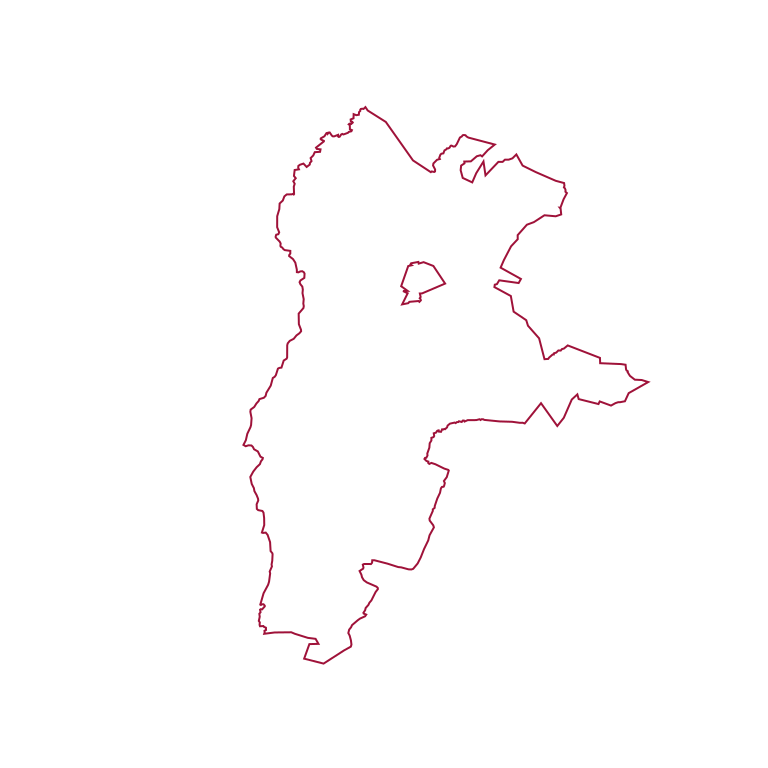 Masvingo, Masvingo, Zimbabwe (Mercator projection), rotated 39°
{"feature_id": "62879985B11590561680965", "entity_name": "Masvingo", "entity_type": "district", "adm_level": 2, "iso_a3": "ZWE", "parent_name": "Zimbabwe", "parent_adm1": "Masvingo", "projection": "mercator", "projection_center": [30.887, -20.31], "detail": "fine", "context": "isolated", "style": "outline", "palette": "rose", "viewbox_px": 768, "rotation_deg": 39, "n_neighbors": 0, "source": "geoboundaries", "source_scale": "gbopen_adm2", "svg_char_len": 6166}
<svg xmlns="http://www.w3.org/2000/svg" viewBox="0 0 768 768"><g transform="rotate(39 384 384)"><path d="M588.1,216.2L581.8,218.7L576.2,222.8L570.0,222.9L565.9,221.5L565.5,220.7L563.9,220.8L562.8,220.2L559.6,217.0L555.6,219.4L538.9,231.8L535.4,227.8L502.5,238.4L501.5,243.3L500.3,244.9L500.3,246.8L498.4,248.2L498.1,251.2L496.8,253.1L497.4,254.2L496.5,254.9L495.7,259.6L495.8,261.2L493.1,263.7L475.8,250.9L459.2,248.1L454.4,244.9L439.2,246.2L427.2,235.8L408.8,239.2L407.6,237.1L408.9,235.3L408.3,230.9L425.1,220.8L424.3,216.2L401.4,220.2L399.2,212.3L396.1,197.0L396.8,187.3L394.2,184.2L394.8,170.3L398.6,163.9L402.5,151.9L411.9,145.6L415.0,140.7L410.5,136.2L410.5,136.6L409.7,136.4L410.2,136.1L407.3,127.4L406.0,120.5L404.0,120.4L403.0,119.0L401.5,118.1L400.1,118.0L399.5,116.4L397.5,114.5L389.6,118.0L368.6,123.8L354.9,126.9L354.2,127.0L342.4,122.3L341.8,127.8L339.7,131.2L336.8,133.6L336.4,136.7L333.1,139.4L331.6,158.0L321.3,148.5L323.0,162.1L325.7,171.8L315.5,174.3L309.0,169.6L306.5,165.7L307.7,161.9L306.4,160.6L311.4,156.3L312.8,148.6L315.0,145.5L317.0,145.4L317.5,137.0L319.4,128.2L294.5,139.4L292.4,139.7L290.8,139.4L289.4,140.2L288.6,141.2L288.7,142.6L287.9,144.7L289.6,151.8L289.7,154.6L288.5,155.8L286.5,156.2L285.9,156.9L286.2,159.2L285.7,160.4L284.6,161.3L284.8,162.3L284.0,164.4L285.0,167.4L283.7,168.9L283.5,170.2L284.6,173.5L285.8,174.0L284.1,176.4L283.6,181.5L284.6,183.3L288.7,185.1L289.9,186.7L289.6,187.6L287.3,188.8L287.1,189.9L265.8,192.0L220.5,179.2L199.2,181.7L195.3,180.5L195.0,183.1L193.8,183.8L192.9,184.9L193.0,185.9L193.7,186.7L193.5,188.4L195.0,190.6L193.3,192.5L190.6,193.4L193.1,196.7L191.6,199.4L193.1,200.9L194.3,200.2L195.2,200.5L194.9,202.6L193.3,203.5L193.2,204.4L194.5,204.3L197.2,207.5L199.3,206.9L199.6,208.1L198.0,210.2L197.9,211.5L196.0,214.7L195.3,215.7L194.2,215.9L193.7,217.0L193.9,219.8L193.3,220.5L192.5,220.5L191.5,219.3L189.5,222.8L188.5,223.7L187.2,223.8L183.5,222.7L183.0,223.1L182.8,224.8L182.2,224.2L181.4,225.2L181.8,229.0L180.3,232.9L180.6,233.5L181.5,233.6L184.3,232.9L184.6,233.3L182.4,243.1L183.8,243.6L187.0,241.6L188.2,243.8L184.3,247.4L185.2,250.9L184.8,254.6L187.4,256.4L187.3,258.8L188.2,260.2L187.3,264.0L182.7,263.4L180.7,266.5L180.2,268.4L181.2,269.9L182.8,270.7L179.9,273.9L183.1,279.0L185.9,279.6L185.9,283.5L188.6,284.6L189.7,287.4L194.6,293.0L194.6,293.5L193.6,293.5L193.0,294.6L189.1,297.9L188.5,300.9L189.9,305.1L189.3,309.4L192.6,314.0L195.4,320.8L202.3,329.4L207.1,332.1L207.6,334.1L206.3,335.8L207.0,337.6L207.7,338.3L213.3,339.0L215.2,339.8L216.6,341.9L217.4,342.3L219.0,342.0L221.0,342.5L222.6,342.4L227.4,339.5L229.1,341.6L229.2,343.5L229.8,344.3L234.7,344.2L238.7,345.5L244.2,349.9L245.9,351.9L247.2,351.1L248.1,349.2L249.5,347.8L251.4,347.6L252.8,348.2L255.3,351.7L253.9,356.1L254.3,358.0L256.3,359.1L259.2,359.7L261.5,361.7L263.5,364.7L268.2,368.6L270.7,372.3L272.6,373.9L273.6,375.7L273.4,383.0L280.2,391.1L285.4,394.1L286.4,395.2L286.3,397.9L285.4,401.3L285.4,405.7L283.6,409.8L283.6,413.0L284.4,414.8L292.0,424.3L292.4,425.6L291.3,428.9L294.0,435.8L292.5,437.4L291.9,438.8L294.4,445.2L294.5,447.2L293.8,449.3L297.0,456.5L298.1,464.8L299.5,467.7L299.3,470.3L296.7,474.1L297.3,476.2L297.1,479.4L297.6,483.5L296.5,487.8L297.6,489.7L302.6,493.9L306.5,499.5L307.4,501.6L309.1,508.7L312.0,514.6L313.1,519.8L315.7,519.4L317.3,516.9L319.7,515.2L321.7,515.4L324.1,516.5L328.4,515.8L333.7,518.2L336.4,517.7L337.0,519.0L337.0,521.5L338.0,524.4L337.4,528.8L337.5,534.3L338.6,540.4L344.1,544.9L348.4,546.8L350.7,548.8L354.9,550.5L358.3,552.4L359.6,553.7L360.7,557.6L363.8,561.1L365.6,561.2L369.4,559.2L371.3,559.8L375.2,563.6L379.7,569.0L382.6,576.3L383.7,575.9L385.6,573.9L388.5,574.5L395.0,578.6L401.0,585.2L403.8,585.8L404.6,586.5L408.4,591.7L410.2,595.0L411.7,596.3L413.2,601.7L414.7,602.8L419.1,610.0L420.3,613.0L422.1,622.4L426.7,633.3L427.4,633.2L427.9,631.9L429.0,631.0L430.8,631.3L431.3,631.9L431.1,635.9L429.9,636.6L429.7,637.4L431.7,639.1L431.7,641.0L433.9,643.1L435.8,646.9L437.5,647.4L438.9,649.5L440.1,650.3L442.6,648.0L443.4,648.3L445.6,647.7L447.1,649.4L446.4,651.0L447.6,652.2L448.1,653.5L455.4,645.9L468.2,635.3L472.0,634.2L484.6,629.2L491.2,625.1L496.6,627.2L489.7,633.1L494.8,647.7L513.0,639.3L520.6,616.2L523.5,609.0L522.7,607.0L519.7,604.1L515.6,601.1L513.0,600.0L511.5,596.8L511.5,593.8L510.9,591.5L512.3,584.0L513.0,581.4L515.5,576.4L515.3,574.4L512.7,575.2L512.0,574.8L511.7,571.7L510.7,569.6L510.9,565.5L510.3,563.1L510.4,560.2L508.4,551.0L508.3,547.2L507.5,546.4L505.7,546.2L495.6,549.0L491.7,549.2L488.5,548.0L486.4,546.4L482.7,544.7L484.0,540.6L483.5,539.5L481.2,537.7L481.8,536.4L487.2,532.1L487.2,530.4L485.8,528.4L487.5,527.0L499.8,521.4L510.3,517.3L512.7,515.7L519.7,512.6L522.0,510.9L523.0,509.3L523.1,502.3L521.7,495.7L519.0,487.1L516.8,477.7L514.6,472.9L513.0,464.0L511.2,462.8L505.5,461.4L504.0,460.0L501.8,451.9L500.8,450.7L501.3,448.4L500.2,446.8L497.5,439.5L496.0,433.3L493.9,429.3L493.8,427.5L495.0,426.3L494.8,425.3L493.6,422.7L491.6,421.7L491.4,416.9L488.8,410.5L488.0,410.3L484.1,411.8L474.5,414.0L470.5,415.5L469.5,417.6L468.0,417.5L467.3,416.4L465.4,417.1L462.6,416.8L462.4,415.6L463.3,414.7L462.8,412.2L461.4,410.8L459.3,404.9L456.8,401.3L456.4,398.1L454.7,396.0L455.9,394.1L455.7,392.8L453.7,391.0L455.0,389.1L454.8,387.0L455.4,385.8L455.7,385.6L456.5,386.5L458.4,385.3L457.7,382.6L458.7,382.1L459.1,381.0L459.9,380.7L460.3,378.0L459.6,376.3L460.2,373.3L463.2,369.5L464.3,369.3L464.6,367.8L465.7,366.8L465.7,365.8L468.3,364.6L468.2,362.9L469.1,362.1L470.2,362.5L471.8,359.4L478.4,354.0L480.4,351.3L481.7,351.2L481.9,350.1L483.3,349.0L484.5,348.8L497.3,340.4L507.4,332.7L513.8,328.8L516.1,326.9L518.2,326.1L518.1,300.1L545.1,307.6L545.0,297.1L539.7,277.9L540.8,270.4L544.8,273.2L563.3,264.6L562.6,261.8L574.0,257.9L575.9,253.2L577.5,250.7L578.8,249.7L582.1,245.8L579.9,237.1L588.1,216.2ZM348.1,261.2L368.3,267.5L356.6,289.6L354.9,291.1L357.7,293.3L357.8,294.9L359.1,295.1L360.0,295.8L359.8,297.9L358.6,297.8L352.0,304.2L352.0,305.9L348.0,310.7L345.3,298.6L340.3,299.8L343.7,296.8L335.8,297.2L328.6,277.1L330.8,274.3L329.3,274.4L329.1,273.1L333.9,267.5L335.2,268.6L338.1,264.4L348.1,261.2Z" fill="none" stroke="#9f1239" stroke-width="2"/></g></svg>